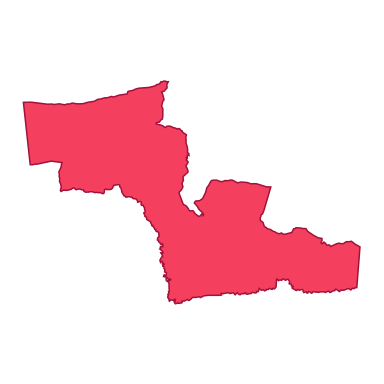 Kitui Central, Eastern, Kenya (Mercator projection), rotated 269°
{"feature_id": "3690345B15839480546324", "entity_name": "Kitui Central", "entity_type": "district", "adm_level": 2, "iso_a3": "KEN", "parent_name": "Kenya", "parent_adm1": "Eastern", "projection": "mercator", "projection_center": [38.003, -1.387], "detail": "fine", "context": "isolated", "style": "filled", "palette": "rose", "viewbox_px": 384, "rotation_deg": 269, "n_neighbors": 0, "source": "geoboundaries", "source_scale": "gbopen_adm2", "svg_char_len": 5987}
<svg xmlns="http://www.w3.org/2000/svg" viewBox="0 0 384 384"><g transform="rotate(269 192 192)"><path d="M203.3,230.6L202.7,228.7L202.8,224.9L201.8,222.5L202.1,220.1L203.4,217.1L203.5,213.6L203.2,212.0L202.3,210.9L198.4,208.8L196.1,207.0L191.0,205.4L185.3,202.5L183.1,199.3L183.0,195.7L182.3,194.8L181.0,194.1L178.0,196.7L174.6,198.6L170.7,202.5L169.4,203.1L168.8,203.1L168.2,202.6L169.5,202.0L169.8,201.2L167.8,199.7L167.6,198.1L170.2,194.8L173.0,193.0L173.3,192.2L173.1,189.7L173.6,189.0L177.1,186.9L178.6,185.4L179.7,183.1L191.1,179.0L192.4,179.5L194.4,181.5L197.0,182.9L197.8,183.0L200.2,182.2L202.0,182.6L203.6,183.6L206.9,183.3L207.7,183.6L211.9,188.3L212.9,188.4L215.9,187.5L218.1,186.3L221.1,188.3L222.4,188.6L224.0,186.8L224.6,186.8L225.3,187.8L226.4,187.0L226.4,187.8L227.1,187.9L228.8,187.8L229.0,188.5L228.5,189.6L230.7,189.4L231.4,188.1L233.8,188.4L237.1,188.1L241.5,186.7L242.6,187.0L247.2,186.8L249.1,187.5L250.6,185.7L250.8,184.9L252.4,183.4L253.3,183.2L253.9,181.9L255.3,180.9L255.7,180.1L255.2,177.8L256.0,177.1L256.6,174.8L258.3,171.0L258.2,168.0L257.0,166.7L257.0,166.0L258.0,165.0L259.3,162.6L260.5,157.6L261.3,157.4L261.9,157.6L262.5,160.6L264.6,162.2L265.5,163.7L268.1,164.1L274.5,164.3L275.7,164.3L278.5,163.1L283.1,164.4L284.5,165.5L285.2,165.6L289.8,164.5L292.5,163.4L293.3,165.9L296.5,168.9L299.8,168.7L302.7,170.2L302.6,169.0L303.2,167.7L303.4,165.5L302.5,164.1L302.8,162.9L300.5,161.3L300.0,158.5L299.1,157.5L298.5,156.0L297.3,150.6L296.7,140.4L295.7,136.8L294.7,134.9L293.8,130.1L293.3,129.5L291.2,128.9L290.1,120.5L288.3,115.3L289.0,113.3L287.7,108.9L287.7,106.5L286.5,101.8L286.3,99.4L284.4,95.8L283.6,89.8L282.2,84.4L282.1,79.1L283.0,73.8L282.0,70.6L282.3,69.3L281.4,66.1L282.5,60.9L281.9,55.6L282.4,53.4L282.3,49.0L284.6,32.9L284.6,25.0L222.1,30.7L222.0,33.0L222.7,35.8L222.5,37.3L225.3,51.7L223.7,62.6L221.8,61.9L219.0,61.5L214.4,59.2L212.3,59.6L209.3,59.5L207.9,60.0L204.6,59.7L202.7,60.7L200.1,61.3L199.0,61.3L195.8,60.4L194.8,61.1L196.0,63.4L195.8,67.1L196.8,71.4L198.2,73.1L198.0,74.0L196.3,76.1L197.1,79.3L196.0,82.3L195.9,83.7L194.8,83.8L193.7,85.4L193.7,88.5L194.1,90.6L193.8,93.2L193.0,94.8L193.3,95.9L192.9,99.3L193.1,99.8L191.8,103.0L192.6,104.1L195.8,104.7L196.5,105.7L195.9,106.9L195.9,110.7L196.7,112.1L200.1,114.1L200.7,118.8L199.9,119.8L198.5,119.9L196.8,121.2L193.0,121.9L189.3,124.0L189.3,124.7L187.9,126.0L188.4,128.9L187.7,132.3L186.9,132.4L186.3,133.5L186.2,135.5L185.3,136.6L184.1,137.3L182.7,137.5L183.4,139.4L183.3,140.3L182.6,141.3L180.9,140.8L180.0,141.0L179.5,141.5L179.6,142.9L178.2,143.4L177.1,144.3L175.7,144.2L173.4,144.9L172.7,144.8L172.2,144.3L172.2,143.6L171.7,143.5L169.1,144.6L168.4,144.5L167.9,145.6L167.3,146.0L165.3,146.3L162.8,150.2L161.5,150.3L159.8,151.3L159.1,151.2L158.7,151.7L159.0,152.3L158.6,152.7L157.7,152.8L157.1,153.4L155.3,154.1L155.2,154.8L153.5,155.3L153.0,155.9L153.2,156.8L151.7,158.1L149.6,158.1L148.9,158.6L147.7,157.9L146.8,156.9L144.6,156.5L144.1,157.5L142.7,157.9L141.9,159.0L140.4,159.6L139.8,160.9L140.7,161.5L140.0,161.9L137.8,161.8L138.0,159.5L136.7,159.3L135.8,159.6L135.5,158.9L133.1,161.6L132.4,161.9L131.7,161.9L131.1,161.3L131.9,160.4L131.8,159.7L129.7,161.0L127.8,161.5L127.5,160.5L124.3,158.7L122.1,159.3L123.2,160.3L123.0,160.9L122.4,161.3L120.5,161.1L120.2,161.9L120.9,162.5L120.2,162.9L119.3,161.6L118.2,161.5L118.2,162.3L117.4,162.8L115.9,162.6L115.0,163.6L112.6,163.2L111.5,165.1L108.8,164.6L108.7,164.0L109.7,163.0L109.3,162.4L107.9,162.1L107.6,164.2L106.9,164.7L105.2,164.6L106.6,166.0L106.1,166.5L104.8,166.8L105.4,168.9L104.6,169.2L103.5,167.0L103.8,165.5L103.1,165.4L102.6,166.8L101.1,167.4L95.6,167.4L94.4,167.7L93.5,167.5L93.0,166.8L91.9,167.2L89.8,166.1L89.4,166.7L88.1,166.0L86.7,166.0L85.8,166.9L83.7,167.2L83.2,167.7L84.5,168.7L84.0,171.8L85.2,173.0L84.8,173.5L82.8,173.1L82.4,172.2L80.6,173.2L80.6,174.0L81.2,175.7L80.8,177.2L81.2,178.0L81.2,179.6L81.7,180.2L83.2,180.3L83.1,182.5L84.7,185.5L83.7,186.5L83.6,187.1L84.7,188.9L86.4,190.5L86.6,191.4L86.5,193.3L87.1,197.4L86.3,198.7L86.9,199.3L87.0,200.5L87.9,201.7L88.4,206.1L88.2,218.5L88.6,219.8L90.0,219.5L90.1,220.0L89.8,221.4L90.7,226.0L89.8,228.4L90.5,231.2L90.0,232.1L88.5,233.3L90.5,235.5L88.8,237.1L88.4,238.3L89.5,239.7L89.3,242.1L90.4,243.4L90.2,244.1L89.3,244.2L88.8,244.9L89.6,249.6L90.4,250.1L90.5,251.1L89.9,253.6L90.1,254.5L91.5,255.0L91.1,256.3L91.6,256.8L94.4,257.6L92.5,259.7L93.0,261.4L91.9,263.0L92.7,264.6L93.3,264.8L93.2,266.6L94.3,267.9L93.3,269.7L93.3,270.6L94.2,271.0L94.3,271.6L93.8,272.2L93.8,273.0L95.6,274.4L103.3,275.0L103.5,275.7L101.8,276.9L102.5,278.2L102.2,280.3L103.4,281.1L103.6,281.8L102.1,283.8L103.2,286.4L100.9,288.0L98.6,287.5L98.3,287.9L98.4,289.2L97.9,289.8L96.5,289.7L96.1,291.2L95.6,291.5L95.1,290.5L94.4,290.4L93.9,290.8L91.7,294.4L91.7,295.0L92.7,295.7L91.9,297.7L92.5,299.3L92.5,300.8L92.1,301.3L90.7,301.4L89.5,302.0L90.2,304.3L88.9,305.3L88.9,305.9L90.5,307.0L90.1,308.2L88.8,309.4L88.9,310.3L90.0,311.0L90.1,311.7L89.5,316.8L89.9,318.6L89.9,322.4L89.2,323.5L90.5,326.5L90.3,327.1L89.2,328.0L89.2,328.9L90.7,330.9L90.8,333.0L92.2,333.6L92.2,334.4L89.9,337.7L91.1,339.0L91.2,342.2L92.6,346.0L92.5,347.4L91.4,348.8L91.5,349.5L93.0,350.5L92.5,352.3L93.5,353.6L93.5,355.1L134.2,359.0L137.0,354.2L140.0,350.5L139.6,348.6L139.6,345.2L137.9,342.7L137.6,340.7L138.3,338.1L137.8,335.9L135.1,329.7L136.4,328.8L136.8,328.0L136.4,325.8L138.5,324.5L139.6,323.0L138.9,322.0L138.3,322.0L138.0,321.5L138.2,320.7L138.8,320.2L139.5,320.2L141.4,321.2L143.3,321.1L144.0,317.3L146.3,313.1L150.7,306.9L153.4,305.3L153.6,303.3L153.4,302.0L154.0,300.7L154.5,295.4L153.6,294.3L153.4,292.9L149.8,291.1L148.1,284.0L148.5,282.0L149.5,280.7L148.7,278.5L149.5,276.1L150.9,273.9L151.3,272.4L153.1,269.9L154.0,266.7L155.1,265.7L156.3,263.7L160.5,262.4L162.4,259.8L164.6,259.8L168.0,260.8L168.8,262.1L172.1,263.5L195.7,270.9L195.8,266.7L199.0,257.1L199.3,254.3L199.1,251.5L200.6,246.9L201.1,241.2L200.4,237.7L203.2,232.5L203.3,230.6Z" fill="#f43f5e" stroke="#9f1239" stroke-width="1.5"/></g></svg>